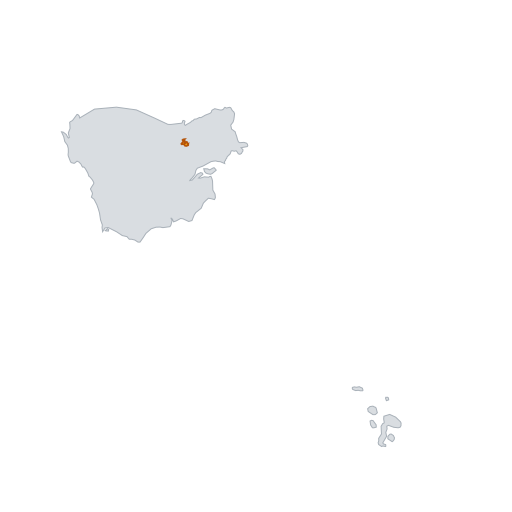 Gualaceo, Azuay, Ecuador (highlighted), rotated 224°
{"feature_id": "8360857B64865140859495", "entity_name": "Gualaceo", "entity_type": "district", "adm_level": 2, "iso_a3": "ECU", "parent_name": "Ecuador", "parent_adm1": "Azuay", "projection": "albers", "projection_center": [-78.768, -2.918], "detail": "fine", "context": "in_parent", "style": "filled", "palette": "amber", "viewbox_px": 512, "rotation_deg": 224, "n_neighbors": 0, "source": "geoboundaries", "source_scale": "gbopen_adm2", "svg_char_len": 5498}
<svg xmlns="http://www.w3.org/2000/svg" viewBox="0 0 512 512"><g transform="rotate(224 256 256)"><path d="M482.2,210.2L480.7,211.2L476.9,211.6L473.9,210.6L472.8,210.6L472.6,211.6L476.5,214.1L478.3,218.5L481.1,221.2L482.8,222.6L482.9,223.5L482.3,225.3L482.2,226.8L483.1,233.5L482.5,234.0L480.4,233.9L478.7,232.8L474.2,249.5L459.8,266.1L443.5,278.0L424.6,284.8L410.8,289.5L408.7,291.4L401.9,299.7L401.6,300.6L402.5,302.0L402.6,302.9L401.6,303.5L400.7,303.6L400.3,303.1L400.0,302.1L399.1,301.1L398.0,300.8L397.4,301.0L397.4,302.0L396.0,306.5L395.9,308.7L395.3,309.6L395.4,311.5L393.9,313.4L392.9,316.4L391.7,317.3L390.3,322.1L388.2,326.7L388.0,328.3L388.7,329.5L388.9,330.4L388.0,333.3L383.2,336.1L381.9,337.5L381.4,339.0L381.7,340.3L381.6,341.4L380.0,341.9L378.4,344.5L377.2,345.1L374.2,344.2L371.9,344.2L370.2,343.4L366.8,338.9L365.5,336.3L365.1,332.6L361.7,330.3L357.3,330.9L356.0,330.1L352.8,328.5L350.0,326.8L347.9,325.9L346.3,326.3L343.7,329.3L341.2,330.6L340.0,330.5L338.5,329.6L338.3,328.6L342.0,323.5L339.2,323.4L338.3,322.3L338.1,321.0L337.7,319.7L338.2,318.0L339.7,317.2L341.9,317.8L343.4,317.9L344.4,316.3L346.4,315.1L346.8,314.3L345.7,311.9L345.4,310.5L345.7,309.7L345.6,307.0L345.0,306.0L344.9,304.5L344.4,303.7L344.2,301.8L342.7,300.8L347.3,299.0L348.9,297.6L351.0,296.4L352.7,294.4L353.9,292.6L356.6,283.9L359.2,278.4L358.7,275.8L356.6,272.3L356.1,267.0L356.3,265.4L356.0,264.3L354.6,266.4L355.0,274.1L353.7,277.6L352.0,278.4L350.9,277.8L351.5,272.2L350.2,273.2L348.2,277.0L344.8,279.8L344.6,280.8L343.8,282.0L341.2,280.9L339.3,279.7L332.8,273.4L328.5,272.1L325.9,269.9L325.4,268.9L325.1,267.7L327.7,266.3L330.4,264.5L330.6,260.6L330.6,257.5L328.6,252.3L329.5,245.4L329.0,242.7L326.7,237.0L328.4,234.1L334.4,232.0L336.3,230.6L337.7,226.0L339.0,223.3L341.7,224.4L343.8,224.3L341.0,223.2L338.7,219.2L338.3,217.3L342.7,211.7L345.1,210.2L347.9,207.3L350.3,202.8L350.9,195.8L349.9,190.7L349.1,185.4L350.6,184.0L354.3,183.3L357.2,181.6L358.8,180.0L362.3,180.3L366.4,177.8L373.0,176.6L382.1,173.8L384.1,171.3L383.2,166.9L386.6,169.6L388.1,171.6L392.9,174.0L398.4,178.2L402.0,180.3L406.0,182.3L411.8,184.3L415.3,184.0L416.8,187.1L418.1,188.0L421.4,189.1L421.8,189.5L423.0,195.4L423.8,196.2L426.6,197.1L430.1,197.5L431.6,197.3L434.7,198.9L439.5,200.3L441.2,200.5L442.0,200.2L442.2,199.6L443.6,199.7L445.7,200.5L448.7,200.6L450.6,199.9L451.0,196.7L451.7,196.0L453.8,194.8L455.0,195.0L460.6,197.6L461.7,198.5L463.1,200.3L465.8,203.0L468.6,204.7L473.0,205.5L477.3,208.3L482.2,210.2ZM39.3,208.3L41.1,210.1L42.1,215.1L47.7,220.4L48.4,223.4L47.9,224.8L48.2,225.4L50.9,227.4L52.7,229.6L49.8,234.9L43.6,237.1L36.9,237.1L35.6,236.6L33.8,234.6L33.4,232.9L34.4,231.2L37.9,228.5L43.1,226.2L43.7,224.4L41.6,222.7L40.1,219.3L36.8,217.0L35.0,209.7L33.9,209.3L31.7,210.4L30.6,209.5L30.4,209.0L32.8,207.4L33.3,206.2L36.8,205.6L38.4,206.5L39.3,208.3ZM65.5,230.0L64.1,230.1L59.8,227.5L60.0,224.8L61.7,223.1L67.3,222.1L69.6,223.7L69.4,226.9L67.6,229.2L66.1,229.6L65.5,230.0ZM348.1,289.3L347.5,290.4L344.9,290.3L344.2,290.0L344.8,284.9L345.5,283.2L347.7,281.7L349.5,280.9L351.8,281.0L354.2,282.5L351.3,285.1L349.1,285.8L348.1,289.3ZM35.2,221.8L32.5,222.3L30.1,221.4L29.1,219.9L28.9,217.7L29.1,217.0L34.2,216.1L35.9,218.0L35.9,220.7L35.2,221.8ZM90.9,233.7L87.7,234.8L85.8,233.8L85.7,233.1L87.5,231.4L89.2,230.4L90.8,228.4L93.7,227.2L94.5,227.5L95.1,227.9L95.3,228.6L94.3,230.2L92.6,231.3L90.9,233.7ZM58.8,218.0L57.5,218.9L52.3,218.0L50.6,216.4L51.9,214.2L53.0,213.3L56.2,214.1L59.3,216.5L58.8,218.0ZM63.2,245.8L62.1,245.9L60.6,244.7L61.7,242.5L63.9,243.6L64.5,244.5L63.2,245.8ZM381.8,172.5L380.3,172.7L379.5,171.4L381.4,169.8L382.1,169.5L381.8,172.5Z" fill="#d9dde1" stroke="#a8b0b8" stroke-width="1"/><path d="M388.3,290.9L388.5,290.7L388.6,290.4L388.8,290.2L388.8,289.9L388.8,289.7L389.0,289.6L389.3,289.5L389.3,289.4L389.5,289.2L389.5,288.9L389.4,288.8L389.4,288.7L389.5,288.3L389.0,288.2L388.9,288.2L388.6,288.1L388.2,288.0L388.2,287.9L388.1,287.7L387.9,287.5L387.7,287.5L387.7,287.4L387.8,287.2L387.8,286.9L387.9,286.7L387.8,286.4L387.9,286.2L387.8,285.9L387.7,285.9L387.7,285.5L387.6,285.4L387.7,285.2L387.8,285.0L387.8,284.9L387.7,284.7L387.3,284.7L387.2,284.8L386.9,284.8L386.9,285.0L386.7,285.1L386.6,285.3L386.4,285.4L386.4,285.5L386.2,285.8L385.9,285.9L385.7,285.9L385.6,286.1L385.4,286.3L385.2,286.3L385.2,286.2L384.9,286.2L384.7,286.1L384.4,286.1L384.2,286.1L383.9,286.1L383.7,285.9L383.5,286.0L383.4,286.2L383.4,286.3L383.2,286.4L382.9,286.5L382.9,286.4L382.7,286.5L382.4,286.8L382.4,287.0L382.2,287.2L382.2,287.3L382.2,287.5L381.9,287.8L381.8,288.0L381.8,288.3L381.7,288.3L381.6,288.5L381.7,288.8L381.8,288.9L381.9,289.0L382.0,289.0L382.2,289.3L382.3,289.3L382.5,289.4L382.7,289.5L382.8,289.5L383.0,289.7L383.0,289.8L383.1,289.7L383.1,289.4L383.2,289.5L383.4,289.5L383.5,289.6L383.8,289.6L384.0,289.8L384.3,289.9L384.5,289.9L384.6,290.0L384.7,289.9L384.8,289.8L384.8,289.7L385.0,289.6L385.2,289.8L385.3,289.9L385.3,290.0L385.5,290.1L385.4,290.1L385.4,289.8L385.4,289.6L385.6,289.6L385.6,289.4L385.6,289.2L385.4,289.0L385.3,288.9L385.2,288.8L385.1,288.7L385.1,288.4L385.0,288.2L385.1,287.9L385.2,287.6L385.3,287.5L385.5,287.4L385.5,287.5L385.5,287.4L385.5,287.5L385.8,287.6L386.0,287.7L386.0,287.8L386.2,288.1L386.3,288.3L386.4,288.5L386.5,288.7L386.5,288.8L386.8,288.9L387.0,288.9L387.1,289.0L387.2,289.4L387.5,289.5L387.7,289.4L387.8,289.4L387.8,289.5L388.0,289.6L388.1,289.8L388.3,289.8L388.3,290.0L388.4,290.3L388.3,290.5L388.3,290.9Z" fill="#f59e0b" stroke="#b45309" stroke-width="1.5"/></g></svg>